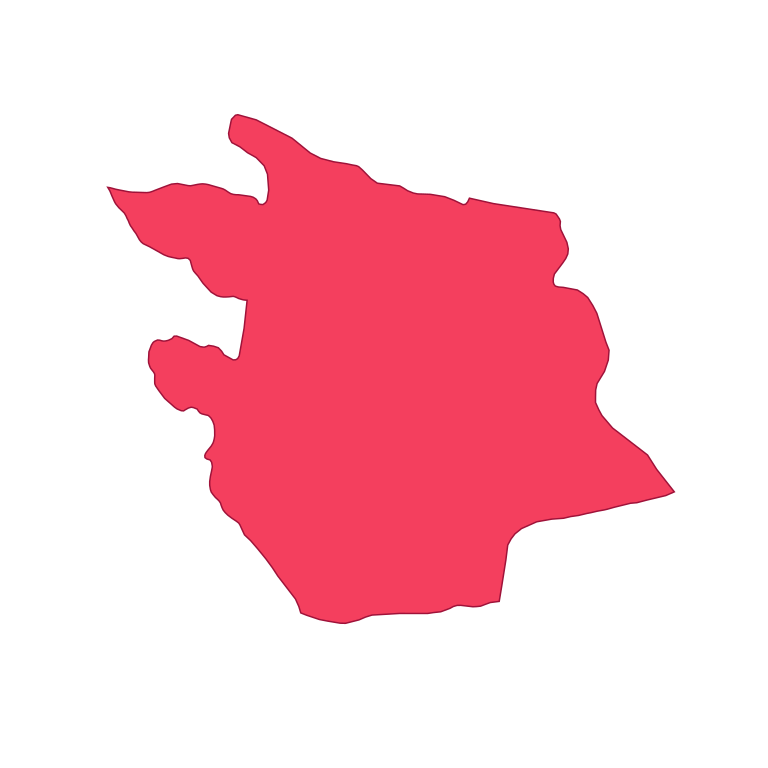 outline of El Palmar, Retalhuleu, Guatemala, rotated 99°
{"feature_id": "79465075B16576514502159", "entity_name": "El Palmar", "entity_type": "district", "adm_level": 2, "iso_a3": "GTM", "parent_name": "Guatemala", "parent_adm1": "Retalhuleu", "projection": "albers", "projection_center": [-91.616, 14.698], "detail": "fine", "context": "isolated", "style": "filled", "palette": "rose", "viewbox_px": 768, "rotation_deg": 99, "n_neighbors": 0, "source": "geoboundaries", "source_scale": "gbopen_adm2", "svg_char_len": 4115}
<svg xmlns="http://www.w3.org/2000/svg" viewBox="0 0 768 768"><g transform="rotate(99 384 384)"><path d="M580.7,236.2L565.3,236.1L538.8,236.1L523.7,236.6L517.0,234.2L511.5,231.2L505.3,225.6L496.2,211.6L491.2,197.1L488.5,185.6L485.7,178.8L483.4,171.3L480.0,163.1L478.8,159.7L476.3,153.6L474.0,147.0L472.7,143.8L469.8,137.5L463.2,121.8L461.7,115.7L457.6,106.4L450.1,88.2L445.1,80.4L434.9,91.4L425.7,101.3L412.9,112.6L391.7,151.4L381.1,163.8L376.0,167.7L369.2,172.2L364.1,173.0L356.8,174.0L350.2,173.6L337.1,168.2L325.3,166.2L315.4,167.0L307.9,171.4L280.9,184.8L274.0,189.9L266.7,196.3L263.6,201.5L260.9,207.7L260.5,222.0L260.9,226.7L260.5,230.1L258.9,231.8L256.8,232.8L253.1,233.3L248.7,232.9L236.5,226.4L231.6,224.1L226.8,222.8L221.7,223.1L215.5,225.5L203.8,233.6L200.0,234.9L195.9,235.2L193.6,236.5L191.3,238.6L189.2,240.6L188.4,243.0L188.7,304.0L187.1,328.7L191.0,329.8L193.7,331.5L194.5,334.0L191.6,343.7L189.5,353.3L189.4,367.8L190.5,376.6L191.0,380.4L190.8,384.9L189.4,391.0L187.5,395.3L185.9,399.5L186.7,422.0L183.2,429.2L176.0,438.8L173.3,443.0L172.7,445.3L172.6,449.8L172.3,455.5L172.4,468.6L171.1,481.8L167.4,493.0L155.6,513.3L143.1,551.5L140.9,570.5L141.8,572.8L146.4,576.0L149.1,576.2L160.8,576.7L165.1,575.3L169.4,572.0L172.3,563.4L176.9,555.0L180.4,545.6L187.2,536.5L195.0,531.9L210.6,528.2L220.8,528.2L223.3,529.2L225.7,531.6L225.9,534.0L225.7,535.9L222.8,537.8L221.2,539.6L220.0,542.4L219.6,545.1L219.8,556.0L219.9,557.7L220.2,559.8L220.3,562.3L220.0,565.0L219.3,566.8L218.6,568.4L217.3,571.1L216.5,573.4L216.2,575.3L214.9,586.0L214.6,588.3L214.5,590.2L214.5,592.0L214.7,594.6L215.2,596.7L216.1,599.6L217.5,603.3L218.5,606.1L218.7,608.6L218.3,619.3L219.8,625.1L221.0,627.3L223.8,632.3L228.6,640.6L229.6,642.2L231.2,645.2L231.7,646.8L232.1,648.4L233.5,659.5L233.9,662.3L234.1,666.0L233.8,675.4L233.6,679.7L233.3,682.1L233.0,685.2L233.0,687.6L236.0,685.1L237.7,684.0L240.4,682.4L246.1,678.7L248.0,677.2L251.4,673.4L254.4,669.1L255.8,667.2L258.2,665.2L260.7,663.6L262.7,662.1L265.1,660.7L267.3,659.2L268.8,657.7L270.0,656.6L272.0,654.8L274.2,652.5L279.7,648.2L281.8,645.9L283.1,643.7L284.6,638.7L285.1,637.0L286.0,634.6L290.8,621.6L291.8,617.1L292.1,613.1L292.2,610.1L292.4,607.3L292.2,605.4L291.3,602.1L290.5,599.8L290.5,597.1L292.2,594.7L296.7,592.7L300.3,591.0L302.1,589.8L303.9,587.8L306.4,584.7L311.5,579.8L312.9,578.4L320.3,569.1L322.9,562.8L323.3,559.1L323.2,556.3L322.9,554.3L322.1,550.6L321.0,546.6L321.2,544.7L321.7,542.8L322.3,540.9L322.8,537.3L322.9,535.4L322.7,532.3L350.9,530.9L378.9,531.4L381.8,532.5L383.3,534.3L383.8,536.8L380.2,546.7L377.0,549.5L374.1,553.3L373.3,558.2L373.3,563.3L374.6,565.0L375.8,567.4L375.8,571.6L371.5,583.7L369.1,596.2L369.6,598.8L372.4,600.6L374.6,603.9L375.6,606.3L376.1,608.3L376.1,610.2L375.8,612.4L376.0,614.6L377.9,617.5L379.2,618.6L382.0,619.8L389.0,621.2L392.8,620.8L394.6,620.6L397.0,620.4L399.9,619.8L403.1,618.2L404.8,617.1L406.1,615.8L408.0,613.7L409.8,612.2L411.4,611.7L414.1,611.4L417.9,610.8L419.7,610.4L421.7,609.2L425.8,605.3L432.6,598.3L439.6,587.3L441.0,584.5L442.1,580.1L441.9,577.7L440.6,576.3L438.3,573.4L437.1,570.8L437.1,568.6L438.0,564.6L439.9,562.9L441.4,561.1L442.0,559.2L442.4,554.9L442.5,552.9L443.3,551.4L444.9,549.4L447.7,547.2L451.2,545.3L455.8,544.1L459.9,543.4L461.7,543.1L465.0,543.1L467.9,543.4L469.5,543.8L472.5,545.0L476.2,547.2L479.2,548.8L480.9,549.5L482.7,549.8L484.7,549.3L485.8,547.2L486.2,543.9L488.3,542.0L492.1,540.7L493.7,540.6L496.9,540.7L502.3,541.0L507.6,540.9L511.3,540.3L515.5,538.9L517.8,537.7L520.0,535.5L522.4,532.8L523.9,530.5L525.3,528.6L527.1,526.9L529.2,525.9L531.5,524.6L533.7,523.1L535.8,520.8L538.0,517.7L540.4,513.2L542.6,508.4L544.0,505.8L545.5,504.4L554.8,498.2L559.5,491.3L566.0,483.6L569.1,480.1L575.2,473.3L582.7,465.7L590.4,458.7L610.2,437.8L617.1,433.3L623.1,430.4L624.5,424.2L626.7,411.0L627.0,402.4L627.1,389.9L626.4,384.6L620.9,371.8L617.1,365.8L614.1,359.7L608.2,332.8L603.8,305.0L602.0,299.3L600.1,292.3L595.3,283.8L592.9,280.7L591.2,277.1L590.6,273.5L590.1,261.3L589.3,257.5L588.3,253.8L586.1,250.0L583.2,244.8L580.7,236.2Z" fill="#f43f5e" stroke="#9f1239" stroke-width="1.5"/></g></svg>